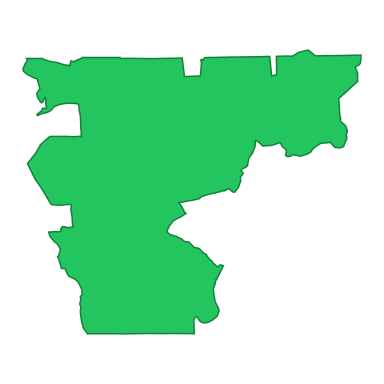 the district of Salah, Ta`izz, Yemen
{"feature_id": "15242507B73155733495218", "entity_name": "Salah", "entity_type": "district", "adm_level": 2, "iso_a3": "YEM", "parent_name": "Yemen", "parent_adm1": "Ta`izz", "projection": "albers", "projection_center": [44.04, 13.581], "detail": "fine", "context": "isolated", "style": "filled", "palette": "green", "viewbox_px": 384, "rotation_deg": 0, "n_neighbors": 0, "source": "geoboundaries", "source_scale": "gbopen_adm2", "svg_char_len": 5805}
<svg xmlns="http://www.w3.org/2000/svg" viewBox="0 0 384 384"><path d="M361.0,55.1L347.3,55.4L334.7,55.6L332.0,55.6L329.6,55.6L317.6,55.8L315.4,55.8L308.2,50.0L298.6,52.4L292.6,56.1L289.6,56.1L285.4,56.1L276.4,56.3L276.7,74.8L271.6,75.9L269.7,56.4L259.5,56.7L248.7,56.9L246.8,56.9L237.8,57.0L230.0,57.1L226.0,57.2L215.3,57.4L214.6,57.4L211.9,57.5L208.7,57.5L204.7,57.6L203.6,59.1L203.4,59.8L203.0,60.3L202.3,59.7L201.2,59.4L200.8,60.5L201.3,62.0L201.5,62.7L200.4,75.9L184.5,76.6L182.2,58.0L175.7,58.2L169.7,58.3L152.0,58.6L149.3,58.6L143.1,58.5L129.2,58.3L124.3,58.4L120.7,58.4L120.1,57.5L82.1,57.5L81.3,58.3L76.6,60.3L74.3,61.5L72.5,61.4L71.0,60.8L70.7,63.2L69.9,63.9L69.7,66.0L69.2,66.2L68.0,65.2L65.2,65.0L64.3,64.8L62.1,64.2L58.4,62.8L57.9,62.7L53.6,62.0L49.3,61.3L48.8,61.1L45.5,60.0L42.9,58.9L42.4,58.4L33.3,58.5L26.4,58.5L27.3,60.3L26.7,61.7L25.2,63.6L24.5,65.6L23.6,67.3L23.0,68.7L23.5,71.3L26.7,73.9L27.7,74.7L32.1,76.9L33.4,77.7L37.2,78.8L38.6,84.1L38.9,85.2L39.6,87.5L40.0,88.6L36.7,93.4L37.1,95.2L37.7,97.6L38.5,98.9L39.6,100.5L40.5,102.1L41.4,102.8L42.5,102.3L42.9,101.7L43.8,100.2L44.0,99.2L45.2,97.4L45.8,98.2L45.8,103.8L46.1,105.4L46.4,107.4L46.2,108.1L45.9,108.2L43.7,108.4L42.5,108.4L41.8,110.1L41.0,111.4L40.1,111.9L39.2,112.6L38.3,113.3L37.7,113.9L36.9,114.4L37.7,115.6L40.2,114.3L43.3,113.3L46.6,112.6L49.5,111.4L51.2,110.1L51.7,109.6L52.8,108.2L53.2,107.8L54.1,106.9L55.7,106.0L58.8,104.7L63.4,103.7L68.5,103.2L73.9,103.4L74.5,103.4L76.1,103.6L76.5,103.7L77.1,103.8L78.6,104.3L79.0,106.7L79.1,108.6L79.2,109.7L79.2,110.3L80.3,115.4L80.6,120.4L80.6,122.1L80.8,127.6L80.9,128.9L81.0,129.4L81.2,132.7L81.2,136.6L80.5,136.4L79.7,136.3L78.1,136.4L74.0,136.8L67.2,136.4L52.6,136.4L50.4,136.4L49.1,137.0L47.4,138.6L46.1,139.6L44.4,141.2L40.2,144.9L40.0,145.8L37.1,150.7L36.9,151.1L35.8,153.0L34.1,155.1L29.7,160.8L27.8,163.0L27.5,163.4L27.6,163.9L29.2,167.0L30.9,170.7L31.5,171.8L32.8,174.6L33.0,174.9L35.0,178.8L35.5,179.6L35.7,179.9L36.2,180.7L39.5,185.4L41.8,188.8L42.4,189.8L45.2,194.4L47.4,198.2L51.0,204.1L51.2,204.5L53.8,204.9L57.2,205.1L58.0,205.2L59.6,205.2L62.9,205.0L67.8,204.5L68.3,204.4L68.8,204.4L70.3,204.6L71.4,204.9L71.4,205.3L71.1,206.9L71.0,207.8L70.9,209.2L71.1,210.9L71.3,212.3L71.7,214.4L71.7,215.2L72.1,217.0L72.3,220.4L72.3,221.7L72.9,227.1L67.5,227.6L63.8,226.5L63.2,226.6L62.1,226.8L61.0,228.4L60.6,231.2L60.1,231.4L59.2,231.8L55.7,231.6L54.8,231.6L54.3,231.6L48.8,232.1L49.2,234.2L49.5,235.0L50.3,236.8L54.0,241.3L54.5,241.9L56.7,243.3L58.5,245.7L60.2,249.1L60.0,251.3L59.4,253.2L59.1,253.9L58.6,255.6L57.6,256.7L58.3,258.1L59.1,260.1L59.5,261.5L60.1,263.8L61.2,267.5L61.5,268.6L62.6,268.4L64.4,268.5L65.4,269.0L66.1,270.9L66.6,272.2L67.0,273.4L69.0,276.4L74.2,278.8L75.0,279.4L76.1,280.1L76.5,280.5L77.5,281.2L78.2,282.3L79.0,283.6L79.4,284.4L81.2,288.1L82.0,291.1L82.2,293.5L82.3,294.4L80.4,296.5L80.7,299.7L80.5,300.8L80.1,302.6L79.9,303.6L79.8,304.1L80.1,304.9L80.8,307.2L80.3,311.8L81.0,317.3L81.6,321.5L82.5,324.8L83.3,327.9L87.6,334.0L89.0,333.7L92.9,333.7L113.7,333.7L114.4,333.8L123.5,333.8L124.9,333.9L126.4,333.8L141.7,333.6L145.8,333.5L160.5,333.6L166.1,333.6L168.1,333.5L171.1,333.5L186.9,333.6L194.3,333.7L194.2,330.7L193.8,320.1L194.3,318.4L195.2,317.6L195.6,316.8L197.0,317.1L198.1,318.3L199.0,319.6L199.8,321.1L201.1,321.9L202.4,322.6L204.6,322.9L206.6,322.7L208.6,322.1L209.5,321.8L210.3,321.2L212.3,320.2L213.7,319.0L216.9,316.6L217.9,314.4L219.1,310.7L218.4,307.9L217.7,306.9L216.8,305.3L215.6,302.7L214.9,300.8L214.8,299.6L213.7,292.8L213.3,288.6L214.6,285.5L214.7,285.0L215.5,283.3L215.5,281.7L215.4,280.0L216.4,280.0L223.4,265.7L223.1,265.6L221.7,265.1L220.0,265.0L219.7,265.2L218.5,266.4L217.4,267.0L216.6,266.1L214.6,264.2L213.1,263.2L211.8,261.1L210.4,259.9L208.5,257.9L206.9,255.9L206.6,254.7L205.7,254.1L205.4,253.9L203.6,253.2L199.3,248.6L198.1,248.2L193.7,247.3L192.3,245.4L190.9,244.2L190.0,243.0L189.4,242.2L187.0,241.8L185.2,241.8L184.4,241.2L182.8,240.1L181.5,238.9L179.2,237.9L175.8,236.2L172.9,235.4L172.2,235.2L169.7,234.3L168.5,233.3L167.3,232.1L167.4,230.0L168.3,228.1L169.0,226.8L169.2,226.1L170.6,224.4L171.7,222.8L172.8,221.3L176.6,218.8L179.1,217.7L180.7,217.0L183.7,214.9L186.0,213.5L184.6,212.2L182.7,208.5L181.9,206.8L180.0,204.2L178.9,202.7L182.0,202.2L183.7,201.8L188.8,200.8L192.3,200.3L197.7,199.0L198.4,198.9L199.3,198.7L200.0,198.0L201.4,196.5L203.1,196.2L204.7,195.4L206.3,195.0L210.4,193.9L212.3,193.6L214.4,193.1L215.7,193.0L217.3,192.2L218.5,192.0L219.6,191.8L220.6,191.7L221.2,191.0L221.9,190.9L223.1,191.0L224.1,190.9L225.7,190.2L226.4,189.8L226.9,189.4L228.4,189.0L229.3,189.0L230.3,189.8L232.0,191.4L233.5,192.2L234.9,192.0L236.9,189.3L237.6,188.4L238.5,187.3L240.4,181.6L240.7,180.1L240.5,178.4L240.5,177.0L241.6,175.4L242.4,174.8L243.2,173.2L242.0,171.8L241.2,170.9L241.7,169.3L242.9,168.4L245.0,167.7L246.4,166.8L247.7,165.4L247.9,162.9L248.9,158.1L250.6,155.7L252.4,153.2L254.2,148.9L255.2,145.8L255.3,141.4L255.5,140.7L258.6,141.9L260.7,144.0L262.0,145.2L262.7,146.0L265.5,145.8L269.2,145.6L272.3,145.2L274.6,144.5L277.7,143.3L280.2,142.7L281.5,145.0L281.9,145.8L283.5,147.8L286.0,149.4L286.3,152.0L286.1,152.9L285.6,155.2L285.9,155.7L287.5,156.6L288.0,156.6L290.3,156.3L292.9,154.7L293.4,154.8L296.8,155.3L299.9,156.3L300.6,156.1L307.5,154.0L311.3,151.6L311.9,150.3L312.3,149.4L312.8,149.1L315.9,146.4L320.9,143.3L327.1,142.8L328.1,142.7L330.6,142.5L332.4,144.7L334.8,147.3L339.6,148.0L342.9,146.9L343.5,146.7L344.5,143.8L346.0,140.6L346.8,138.1L346.7,137.0L346.2,135.6L347.0,132.5L347.3,130.7L345.7,125.9L343.3,123.7L341.1,121.9L340.9,121.5L340.2,119.8L340.8,118.6L340.3,117.0L339.8,114.9L339.6,114.2L339.5,109.9L339.4,108.0L339.4,107.0L338.7,98.7L357.6,81.4L357.6,73.4L355.2,66.7L357.9,65.4L359.2,64.9L360.5,63.0L360.8,60.0L361.0,55.1Z" fill="#22c55e" stroke="#15803d" stroke-width="1.5"/></svg>